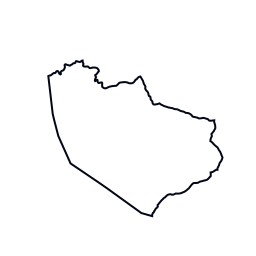 outline of Dewathang, Samdrup Jongkhar, Bhutan, rotated 44°
{"feature_id": "84629894B17444418606578", "entity_name": "Dewathang", "entity_type": "district", "adm_level": 2, "iso_a3": "BTN", "parent_name": "Bhutan", "parent_adm1": "Samdrup Jongkhar", "projection": "mercator", "projection_center": [91.51, 26.857], "detail": "fine", "context": "isolated", "style": "outline", "palette": "ink", "viewbox_px": 256, "rotation_deg": 44, "n_neighbors": 0, "source": "geoboundaries", "source_scale": "gbopen_adm2", "svg_char_len": 3832}
<svg xmlns="http://www.w3.org/2000/svg" viewBox="0 0 256 256"><g transform="rotate(44 128 128)"><path d="M211.1,81.2L208.4,80.6L205.9,79.8L202.5,80.1L198.0,79.9L196.3,80.2L195.5,79.1L194.5,77.3L194.1,75.8L193.5,75.2L192.2,74.4L191.9,70.7L190.9,67.4L188.8,65.5L186.5,64.2L185.1,63.3L184.7,62.6L184.3,63.0L183.6,63.9L182.9,64.9L181.4,66.2L180.8,66.2L179.1,66.2L177.7,67.0L176.4,67.6L175.1,68.4L174.1,69.9L173.1,71.1L172.1,72.0L170.6,72.4L168.5,73.7L167.2,74.6L166.1,74.9L165.2,74.6L164.1,74.6L162.6,74.9L161.4,75.2L160.3,75.9L159.2,76.9L156.6,77.6L154.9,78.7L153.7,79.3L151.6,79.9L150.2,80.5L149.4,81.2L148.1,82.2L146.7,82.6L144.8,83.8L142.9,85.1L140.7,86.1L138.9,87.1L136.9,87.7L135.1,88.3L133.6,88.4L133.2,89.1L132.6,90.3L132.1,91.0L131.3,92.0L131.0,92.5L130.6,92.9L129.8,93.3L129.2,93.2L128.6,93.1L128.2,92.9L127.4,92.2L127.1,92.0L126.2,91.9L125.5,91.8L124.9,91.8L124.4,91.6L123.8,91.1L123.0,90.5L122.5,90.1L122.1,90.0L121.6,90.1L120.9,90.4L120.4,90.3L120.0,90.0L119.4,89.6L118.6,89.0L117.5,88.5L116.7,88.4L116.3,88.3L115.8,88.3L115.1,88.3L114.4,88.2L113.9,88.0L113.0,87.7L112.5,87.0L111.6,86.0L110.3,85.6L108.9,85.3L107.8,84.7L106.0,83.7L102.1,82.6L101.1,82.4L100.5,83.4L100.2,84.6L100.2,85.3L100.4,87.0L99.9,87.9L100.2,89.2L100.4,91.2L100.0,92.7L99.1,93.8L98.1,94.7L97.0,95.4L96.2,95.5L95.2,96.2L94.5,96.6L93.5,97.5L92.7,98.4L92.0,99.3L90.9,100.6L90.5,101.3L90.3,102.1L90.4,103.3L90.4,104.2L90.2,105.8L89.2,106.9L88.3,108.0L87.4,109.0L86.7,110.1L85.9,111.3L85.4,112.6L84.9,113.9L84.2,115.2L83.7,115.6L83.0,116.0L81.7,116.2L80.9,116.3L79.9,115.5L78.8,114.1L77.8,113.4L77.3,113.6L76.7,114.4L75.9,115.8L75.4,116.1L74.6,116.0L73.8,115.6L73.1,115.0L72.5,114.7L72.3,114.9L72.2,115.7L72.1,116.3L71.8,117.1L71.2,116.9L70.5,115.9L70.0,114.5L69.7,113.6L68.9,113.3L68.1,113.1L67.7,112.8L67.9,111.8L67.9,111.0L67.9,110.1L67.7,109.2L67.6,108.4L67.7,107.6L67.3,107.2L66.4,106.6L65.2,106.4L64.3,106.4L62.9,107.0L62.0,107.7L60.7,108.9L59.8,110.4L59.1,111.4L58.8,111.5L57.7,111.6L56.7,111.6L56.1,111.9L55.4,112.7L54.7,113.5L53.9,114.1L53.1,114.5L52.4,114.4L52.0,113.9L51.5,112.9L50.9,112.5L50.0,112.4L49.5,112.0L48.9,111.3L48.5,111.0L48.2,111.5L48.0,111.8L47.9,112.8L47.6,113.8L47.1,114.3L45.9,115.0L45.0,115.4L44.6,115.7L44.3,115.9L44.2,116.4L44.7,117.4L44.8,117.8L44.6,118.4L43.7,119.5L43.6,120.6L43.6,121.1L43.2,122.2L43.0,122.7L42.9,123.5L42.4,123.8L41.6,124.2L39.8,125.1L39.0,125.4L38.6,125.9L38.6,126.6L38.9,127.0L39.6,127.5L40.1,127.8L40.6,128.4L41.2,130.0L41.4,131.1L41.2,132.0L40.9,132.4L40.6,133.2L40.6,133.9L40.8,134.3L41.4,135.2L42.2,135.8L42.1,136.4L41.8,136.5L40.8,136.6L40.1,136.3L39.0,135.9L38.3,135.8L37.6,136.1L37.2,136.7L37.2,137.4L37.5,138.4L37.4,139.0L37.2,139.4L36.5,139.9L36.2,140.9L36.1,141.7L36.0,142.7L35.9,143.8L35.4,144.3L35.1,144.8L34.6,146.0L64.1,170.2L69.9,173.9L83.5,182.2L111.3,193.4L142.3,188.0L144.0,187.7L155.0,185.9L196.7,179.9L206.6,174.6L206.3,174.3L206.1,174.1L205.5,173.3L205.4,173.0L205.2,172.5L205.0,172.0L204.9,171.7L205.1,171.1L205.1,170.7L204.9,170.2L204.6,169.8L204.6,168.9L204.2,167.6L204.0,166.4L204.1,165.8L204.2,165.2L204.1,164.4L204.0,163.7L203.3,163.3L202.8,162.8L202.8,161.7L202.6,160.0L202.5,158.4L202.4,156.3L202.5,155.0L202.4,153.5L202.8,152.1L202.8,150.9L202.9,149.4L203.1,148.3L203.9,146.9L204.8,145.9L205.9,145.5L206.9,144.5L207.5,143.0L207.8,142.0L209.0,141.0L210.1,139.9L210.9,138.8L211.6,137.8L212.0,136.5L212.8,134.9L213.4,132.2L213.5,130.5L213.7,129.2L213.4,126.8L213.2,124.9L213.2,122.8L213.8,121.6L214.6,120.8L216.3,119.0L216.9,116.9L217.9,115.2L219.2,113.0L220.0,111.9L220.9,110.0L221.0,107.8L220.9,106.3L221.0,105.4L220.2,104.3L219.0,103.2L218.3,102.6L219.3,101.0L219.9,99.2L220.3,97.1L221.4,95.9L220.9,95.5L220.5,95.1L220.0,93.8L219.5,92.0L218.2,89.3L218.0,87.1L217.2,84.9L216.4,83.5L215.2,83.1L213.2,82.1L211.1,81.2Z" fill="none" stroke="#020617" stroke-width="2"/></g></svg>